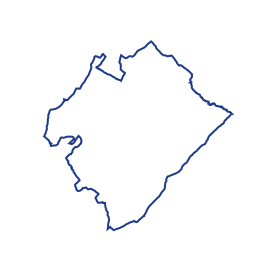 Nzega, Tabora, United Republic of Tanzania, rotated 46°
{"feature_id": "72390352B4567455644907", "entity_name": "Nzega", "entity_type": "district", "adm_level": 2, "iso_a3": "TZA", "parent_name": "United Republic of Tanzania", "parent_adm1": "Tabora", "projection": "mercator", "projection_center": [33.009, -4.4], "detail": "fine", "context": "isolated", "style": "outline", "palette": "blue", "viewbox_px": 256, "rotation_deg": 46, "n_neighbors": 0, "source": "geoboundaries", "source_scale": "gbopen_adm2", "svg_char_len": 5718}
<svg xmlns="http://www.w3.org/2000/svg" viewBox="0 0 256 256"><g transform="rotate(46 128 128)"><path d="M61.1,94.7L57.4,94.6L57.2,95.9L57.9,97.0L57.9,99.4L57.5,99.8L55.8,100.2L55.1,100.5L54.6,101.1L53.9,101.3L53.5,102.5L54.9,104.7L55.5,106.5L56.1,107.9L56.4,110.0L56.7,110.5L58.8,112.2L59.6,113.1L62.6,119.8L63.3,123.6L64.5,127.2L64.8,130.4L65.6,133.3L66.3,134.9L66.1,135.6L65.5,136.2L64.4,136.9L63.7,137.9L65.2,142.3L65.6,142.9L65.6,149.1L65.9,152.1L64.9,153.2L63.0,154.0L64.5,155.1L64.2,155.8L64.8,158.0L65.1,159.9L65.0,163.1L64.0,166.6L62.6,168.9L61.3,170.6L61.1,172.2L62.3,174.0L63.2,176.2L65.2,178.2L65.7,179.2L67.2,180.7L69.5,183.4L70.1,184.9L71.1,186.1L72.4,187.0L73.8,189.8L74.7,191.1L75.0,192.6L75.7,193.6L75.8,194.1L76.1,193.9L77.7,194.0L80.3,193.8L81.1,193.6L82.1,193.6L84.4,194.6L84.9,194.1L85.8,193.9L86.1,195.3L87.3,195.9L87.6,195.7L89.3,193.1L90.1,192.5L90.4,191.9L90.8,190.3L90.8,189.4L89.8,187.7L89.8,187.1L88.3,183.0L89.0,182.1L90.4,181.0L92.0,177.7L95.4,174.3L96.6,173.8L98.3,174.1L98.3,180.9L100.5,179.6L100.9,178.6L100.9,176.4L100.5,175.4L100.4,174.4L99.8,171.9L99.3,169.1L101.8,169.0L102.8,169.3L104.9,170.3L106.2,172.4L106.4,172.4L106.5,172.9L106.4,174.2L106.6,175.5L106.3,177.8L105.8,178.7L105.1,179.3L104.9,180.4L105.4,182.9L105.6,183.5L106.7,184.7L107.0,186.8L107.2,187.1L106.6,188.0L106.3,188.9L106.4,189.5L106.4,192.6L106.5,193.1L106.7,193.5L107.5,193.5L108.8,194.0L110.4,194.0L110.8,194.2L111.0,194.8L111.3,195.1L112.6,195.5L113.1,195.9L114.4,195.7L115.2,195.3L116.6,195.5L116.7,195.8L117.3,195.8L118.0,196.1L118.3,196.6L118.0,196.8L118.8,197.2L120.0,196.8L120.5,196.8L121.1,197.1L122.2,197.9L123.2,197.8L127.5,198.8L128.8,198.6L131.1,198.8L132.0,199.2L132.2,199.5L131.9,200.8L132.1,202.2L131.9,205.0L132.1,205.6L133.0,206.3L134.1,206.6L136.7,207.8L137.2,207.8L137.6,208.0L138.7,207.7L139.7,206.2L140.0,204.7L140.1,203.7L139.8,202.4L140.1,202.4L141.6,199.5L144.4,199.4L145.9,197.0L147.1,196.5L150.2,195.5L152.0,195.4L154.8,194.9L155.1,195.1L155.4,198.7L155.8,200.1L156.1,200.2L156.7,200.2L159.4,201.2L161.1,201.4L161.8,200.7L163.7,197.9L164.2,198.3L164.5,198.3L165.9,196.6L166.4,197.2L167.6,197.8L168.2,198.5L171.8,200.6L175.1,201.4L175.8,202.6L176.3,203.1L178.6,203.9L180.5,205.0L181.8,206.6L182.7,208.2L183.5,209.2L184.1,209.9L184.8,210.4L186.5,212.7L186.6,210.4L186.7,209.6L187.9,209.7L191.6,209.2L192.7,206.4L194.2,203.4L194.8,201.4L195.6,199.2L196.1,195.8L196.7,194.6L197.0,192.9L198.1,190.8L199.1,188.1L200.1,188.1L200.7,187.7L201.4,187.5L202.0,186.4L201.9,182.0L202.1,180.3L202.1,177.8L202.5,177.4L202.1,176.9L201.0,173.1L200.2,171.5L199.1,167.5L198.8,157.5L198.8,156.1L198.7,155.1L199.0,153.7L198.9,152.9L198.7,152.4L197.6,147.9L197.7,147.2L197.3,145.1L197.3,144.6L197.1,143.9L195.7,141.9L194.0,140.1L193.4,139.2L193.0,137.8L192.6,136.9L191.5,136.2L191.3,135.8L190.4,133.5L190.4,133.2L190.7,132.8L193.8,125.3L194.8,121.9L194.6,120.4L194.8,119.7L194.8,119.2L194.6,118.1L193.3,115.4L193.4,114.8L193.2,114.3L193.2,112.0L193.6,110.4L193.6,109.8L191.8,103.2L191.7,102.0L192.0,100.9L191.8,99.9L191.8,97.3L192.1,95.7L192.1,93.3L191.9,92.6L192.0,90.6L191.8,89.1L192.0,88.4L191.9,87.2L192.0,86.4L193.1,83.8L191.8,79.9L191.6,78.6L190.6,76.7L190.0,74.1L190.3,73.0L190.1,71.6L190.2,69.0L190.1,67.4L190.3,65.2L190.1,63.4L190.2,61.8L190.6,59.7L190.5,58.0L190.9,57.2L190.9,55.6L190.1,53.9L189.9,52.7L190.1,51.4L189.8,49.9L190.1,47.2L189.9,45.4L189.5,44.2L189.6,43.6L189.9,43.4L189.0,43.3L188.3,43.5L187.6,43.4L187.4,43.5L186.9,44.0L186.0,44.4L185.5,44.9L184.9,45.1L184.3,44.8L183.9,44.7L183.7,44.4L183.3,44.6L183.1,45.0L182.6,44.9L182.0,45.3L181.6,45.3L181.2,45.9L180.9,45.9L180.5,45.7L180.3,46.0L179.9,45.8L179.2,46.1L178.7,45.6L178.4,45.6L178.5,45.8L178.2,46.1L177.9,46.0L177.6,46.3L177.5,46.1L176.9,46.3L176.8,46.5L177.0,46.9L176.3,47.3L175.6,47.5L174.8,48.1L174.5,48.1L174.3,48.3L174.4,48.5L173.7,49.1L173.0,49.3L172.5,49.3L171.0,48.9L170.5,48.9L170.4,49.4L169.9,49.2L169.6,49.3L169.3,50.0L169.5,50.4L169.3,50.9L168.8,51.1L168.6,51.7L168.9,52.0L168.7,52.1L168.6,52.9L168.3,53.2L167.8,52.9L167.6,53.1L167.2,52.9L166.7,53.2L166.3,52.9L166.1,53.1L165.7,52.1L165.0,52.1L164.9,51.8L164.7,51.8L164.2,52.1L163.3,53.2L163.0,53.4L162.3,53.3L162.0,53.6L160.9,53.9L160.5,54.2L160.0,54.0L159.4,54.1L159.1,53.9L158.2,54.1L158.1,53.8L157.5,53.6L157.2,53.6L156.8,54.0L155.7,54.0L154.4,53.3L154.0,53.3L152.4,53.8L152.1,54.1L150.8,54.2L150.4,54.5L149.8,54.3L149.4,54.6L148.9,54.6L146.9,54.4L146.5,54.7L146.2,54.7L145.6,54.5L143.6,54.3L143.3,54.2L142.5,53.1L141.5,52.8L140.8,52.1L140.6,52.2L139.7,51.6L139.3,51.5L138.8,51.1L138.7,51.2L138.8,50.7L138.5,50.8L137.7,50.3L137.1,50.2L136.9,49.9L136.5,49.9L136.0,48.5L136.1,48.1L136.0,47.3L135.6,46.3L134.8,45.8L133.9,44.6L132.0,44.8L131.5,44.7L128.4,44.8L127.4,45.1L126.2,45.1L123.5,45.8L120.6,46.0L119.0,46.8L118.6,47.9L116.1,47.8L113.9,47.1L111.9,46.9L110.7,46.6L107.7,46.3L106.4,46.3L105.4,47.1L105.4,47.9L104.8,48.3L104.0,49.6L102.5,50.4L102.1,50.4L100.2,52.1L98.4,52.3L96.8,52.5L94.7,52.1L93.4,52.3L91.0,52.3L90.1,52.2L88.4,51.3L86.2,51.4L83.7,51.1L81.8,51.2L81.5,54.1L81.3,55.0L81.6,58.3L81.4,60.5L79.2,67.5L80.1,72.5L80.1,73.8L79.8,75.1L77.5,76.9L77.2,77.6L76.7,80.5L76.2,81.2L74.4,81.8L70.9,82.4L72.4,85.1L73.9,87.2L74.7,88.6L75.2,88.6L76.3,89.0L76.8,88.8L77.1,89.0L78.1,89.8L80.8,92.6L83.2,92.5L86.3,92.0L87.0,93.8L87.3,95.6L88.8,99.0L89.2,100.3L88.2,100.4L87.6,100.7L86.0,101.7L85.3,101.6L85.0,102.1L84.7,102.3L82.1,102.6L80.7,103.3L78.9,103.5L76.4,104.4L75.2,105.4L73.1,105.8L71.7,106.5L69.6,106.6L69.1,106.9L68.7,106.8L67.9,107.1L67.4,107.4L66.4,107.4L65.8,107.6L65.4,108.1L64.7,108.0L64.4,108.3L63.5,108.4L62.7,108.8L62.4,108.6L62.4,108.1L62.9,106.9L63.1,102.9L62.5,101.6L61.8,97.2L61.1,94.7Z" fill="none" stroke="#1e3a8a" stroke-width="2"/></g></svg>